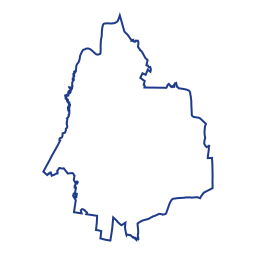 the district of Ostuacán, Chiapas, Mexico
{"feature_id": "50627088B96249830880430", "entity_name": "Ostuacán", "entity_type": "district", "adm_level": 2, "iso_a3": "MEX", "parent_name": "Mexico", "parent_adm1": "Chiapas", "projection": "equal_earth", "projection_center": [-93.473, 17.447], "detail": "fine", "context": "isolated", "style": "outline", "palette": "blue", "viewbox_px": 256, "rotation_deg": 0, "n_neighbors": 0, "source": "geoboundaries", "source_scale": "gbopen_adm2", "svg_char_len": 5516}
<svg xmlns="http://www.w3.org/2000/svg" viewBox="0 0 256 256"><path d="M138.3,239.3L138.4,239.0L137.8,235.4L138.2,232.7L138.1,229.3L137.6,225.1L137.6,223.4L141.3,221.1L143.0,220.4L148.8,218.8L150.3,217.8L151.8,217.1L152.7,216.5L155.2,215.7L159.1,213.9L160.4,214.0L162.2,214.4L162.7,214.7L165.6,214.0L166.4,212.7L166.8,211.3L167.2,210.4L169.3,204.3L170.2,202.2L171.8,199.6L173.0,198.8L177.0,198.2L180.8,197.9L183.8,197.8L186.1,197.4L187.9,197.5L188.6,197.3L191.9,197.6L197.3,197.2L200.1,198.2L200.7,196.9L203.7,192.7L212.6,188.1L212.5,181.3L212.6,176.6L212.4,164.8L212.0,157.9L207.8,158.1L207.8,156.8L208.9,149.0L208.8,148.7L208.8,147.9L208.8,147.0L209.5,145.2L208.5,146.2L206.6,147.1L205.7,146.2L205.2,145.6L204.7,144.5L204.2,143.7L204.3,142.2L204.5,140.5L204.8,139.3L205.2,138.0L204.6,134.6L204.5,131.3L205.0,126.2L206.0,123.9L200.9,119.1L200.0,118.3L198.2,117.6L193.8,117.0L192.5,116.2L191.8,115.2L191.6,109.8L191.3,104.3L191.3,100.8L190.7,96.2L190.1,92.6L189.8,91.7L188.9,90.6L186.8,89.7L184.7,89.2L182.5,88.8L178.7,88.3L178.0,87.3L177.1,86.9L176.2,83.3L175.4,84.1L175.0,83.5L173.8,85.3L174.4,86.4L174.4,86.6L174.2,86.9L173.2,86.8L172.6,86.4L172.5,86.9L171.9,87.2L170.5,86.4L170.5,85.6L169.7,85.1L168.8,83.9L167.6,85.0L167.0,86.7L166.4,87.8L144.4,87.5L144.7,85.5L143.7,84.8L144.7,81.0L140.3,77.9L142.5,73.3L145.6,74.8L147.1,71.4L147.7,69.7L150.4,71.8L150.9,69.5L150.2,67.0L148.8,67.4L148.0,65.6L146.4,65.3L147.6,60.2L146.6,59.0L145.6,58.4L142.0,51.9L141.6,51.3L140.9,50.6L140.1,50.2L139.7,49.2L138.0,46.9L138.2,45.1L138.4,44.2L138.4,43.4L138.4,42.1L137.9,40.8L137.2,41.1L136.5,40.6L135.5,40.6L135.2,41.7L134.9,41.8L134.1,41.4L133.6,41.4L133.2,40.7L131.9,40.8L132.4,40.0L131.4,40.2L127.8,35.0L124.4,31.6L119.8,15.4L118.4,19.5L117.5,21.3L116.5,22.1L115.0,22.9L113.7,23.3L110.7,23.5L107.8,23.3L104.4,23.5L103.7,23.9L103.1,24.7L102.8,25.5L102.2,28.2L101.9,31.0L101.7,36.3L101.1,38.9L100.8,41.9L100.6,46.7L100.7,49.4L100.5,52.9L100.2,53.8L99.8,54.1L97.8,54.6L96.3,54.4L95.4,53.7L91.7,50.3L90.7,49.5L89.6,49.0L88.4,48.5L87.8,48.5L86.9,48.5L86.2,48.6L85.2,49.2L83.6,49.7L83.0,50.1L82.6,50.7L82.2,51.2L81.4,52.9L80.2,55.5L80.0,56.4L79.7,58.7L79.4,59.9L78.6,62.2L77.7,63.3L76.8,64.6L76.4,65.5L75.8,71.5L75.5,71.6L74.7,71.3L74.4,71.4L74.2,71.6L74.0,71.9L74.0,72.1L74.2,72.3L74.8,72.1L75.0,72.2L75.0,72.4L74.5,73.5L74.1,73.8L73.5,74.0L74.0,74.9L74.2,75.6L74.2,76.0L73.9,76.0L73.8,75.1L73.5,75.0L73.4,75.9L73.6,77.2L73.8,77.7L73.8,77.8L73.1,78.1L72.6,78.7L72.7,79.1L72.8,79.1L73.3,79.0L73.4,79.4L73.8,79.7L73.9,79.9L73.8,80.1L73.7,80.2L73.4,79.9L73.2,79.9L72.9,80.3L72.6,81.7L72.1,83.0L72.1,83.4L72.3,84.0L72.1,85.6L72.5,86.1L72.5,86.3L72.0,88.1L72.0,88.7L71.7,88.8L71.3,88.6L71.0,88.8L70.8,88.6L70.7,88.4L70.8,88.2L71.3,87.8L71.6,87.5L71.5,87.4L70.9,87.6L70.4,87.4L69.9,87.6L69.2,87.3L69.2,87.5L70.1,88.5L70.5,89.6L71.0,90.2L70.9,90.4L70.5,90.2L70.4,90.4L70.4,91.0L70.6,91.8L70.1,92.0L70.2,92.6L69.9,93.0L69.5,92.8L69.2,91.9L69.3,90.8L69.2,90.8L68.6,91.3L68.2,92.5L68.1,93.0L68.3,93.2L69.1,93.1L69.1,93.3L68.5,94.3L68.4,95.2L68.3,95.5L67.9,95.4L66.7,94.8L66.1,95.3L65.7,95.4L65.3,95.4L65.2,95.4L65.1,95.7L65.6,96.1L65.5,96.6L65.6,97.1L66.3,97.0L65.6,98.0L65.6,98.6L66.0,98.8L66.5,98.7L67.2,99.1L67.0,99.6L66.9,100.4L67.0,100.9L67.3,101.1L67.9,100.7L67.9,100.9L67.4,101.4L67.5,101.7L67.9,101.9L68.1,102.3L68.5,102.5L69.2,102.4L69.2,102.8L68.6,103.3L68.7,103.6L68.8,104.0L69.1,104.2L69.2,103.5L69.3,103.5L70.0,104.4L70.0,105.2L70.0,105.5L69.2,106.4L68.9,105.9L68.3,106.4L68.4,107.0L69.3,107.3L69.4,107.5L69.1,107.8L68.2,107.4L68.0,107.6L67.9,108.0L68.2,110.1L68.4,110.2L68.5,110.0L68.7,109.3L69.0,109.2L69.1,109.4L68.8,110.7L68.9,110.8L69.1,110.8L69.4,110.3L69.5,110.9L69.4,111.1L68.9,111.2L68.8,111.4L68.8,111.7L69.4,112.8L69.4,113.2L69.2,113.9L69.1,114.6L68.7,114.8L68.9,115.2L68.9,115.7L68.8,116.1L68.7,116.3L68.4,116.4L68.1,117.3L66.9,118.5L67.4,119.3L67.4,119.5L66.9,121.5L67.0,122.3L66.7,122.9L66.9,123.3L66.6,123.8L67.0,124.7L67.0,125.0L67.1,125.5L67.3,126.8L66.9,127.9L65.9,128.7L65.8,129.4L65.9,130.4L65.4,131.6L65.0,132.2L64.9,132.7L64.6,132.9L63.1,133.1L62.6,133.4L62.5,134.5L62.6,135.2L62.3,136.5L62.1,137.0L61.8,137.5L61.3,137.8L60.2,138.0L59.6,138.9L59.4,139.5L59.4,140.1L59.9,140.8L60.0,140.8L57.7,145.4L51.6,156.2L49.2,160.9L44.4,169.7L43.4,171.7L47.2,175.0L48.0,174.2L48.5,174.2L48.6,173.6L48.7,173.4L50.1,173.3L50.3,173.1L50.6,171.7L51.7,175.7L54.1,174.8L56.2,173.7L57.0,173.0L57.4,174.3L57.6,172.2L57.2,171.0L59.3,168.0L62.7,168.6L63.7,168.3L67.8,173.5L71.9,173.1L72.8,173.2L73.4,173.9L74.0,175.2L74.5,175.6L73.8,180.0L75.1,182.4L76.8,181.5L77.3,181.6L77.8,182.1L77.1,183.6L75.9,183.6L74.6,186.1L74.7,187.3L75.6,186.8L76.0,187.9L75.0,192.6L76.0,193.7L76.8,193.8L76.3,197.3L75.1,197.1L75.9,194.1L74.0,193.5L73.7,193.6L73.1,195.9L75.8,200.3L75.5,201.9L74.0,212.2L81.6,213.4L80.8,210.3L82.1,209.1L83.5,209.5L84.2,210.0L84.8,210.3L85.4,211.2L85.9,211.5L86.2,211.9L87.0,212.6L86.8,213.3L86.3,214.2L97.1,215.8L97.1,217.0L96.8,222.6L96.0,230.0L98.3,230.3L101.2,231.1L100.6,237.4L100.4,238.4L104.4,239.5L107.6,240.1L110.1,240.6L110.4,240.5L110.7,238.3L111.1,236.1L112.2,228.6L113.2,217.4L117.4,221.3L117.4,221.8L121.3,225.2L122.8,224.5L123.4,224.0L125.4,222.7L125.0,227.9L126.2,234.4L126.5,235.1L126.8,234.3L127.3,234.7L128.3,234.9L128.9,234.8L129.3,235.2L130.6,235.1L130.8,235.5L132.8,237.3L133.0,236.9L133.0,236.3L133.4,237.3L134.3,238.0L135.1,237.7L135.9,238.1L135.3,238.9L135.5,239.2L136.0,239.5L136.4,239.9L136.5,239.2L136.9,239.2L137.2,238.8L138.3,239.3Z" fill="none" stroke="#1e3a8a" stroke-width="2"/></svg>